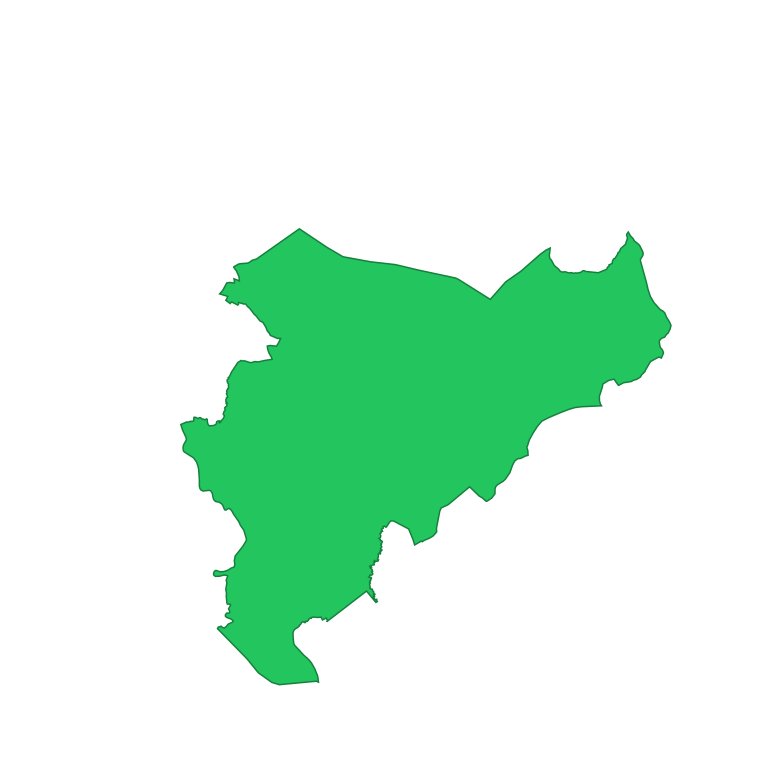 Tha Luang, Lop Buri, Thailand (orthographic projection), rotated 320°
{"feature_id": "78962969B70525804812595", "entity_name": "Tha Luang", "entity_type": "district", "adm_level": 2, "iso_a3": "THA", "parent_name": "Thailand", "parent_adm1": "Lop Buri", "projection": "orthographic", "projection_center": [101.191, 15.069], "detail": "fine", "context": "isolated", "style": "filled", "palette": "green", "viewbox_px": 768, "rotation_deg": 320, "n_neighbors": 0, "source": "geoboundaries", "source_scale": "gbopen_adm2", "svg_char_len": 6169}
<svg xmlns="http://www.w3.org/2000/svg" viewBox="0 0 768 768"><g transform="rotate(320 384 384)"><path d="M99.2,464.4L102.4,506.6L102.1,524.5L106.2,540.4L110.5,547.0L141.0,568.1L142.2,570.3L145.5,565.0L147.9,557.6L149.1,551.3L149.2,547.1L148.2,539.7L147.6,526.5L148.2,524.6L151.3,520.0L154.2,516.3L156.0,515.1L157.3,514.6L159.2,514.6L160.8,515.0L163.3,515.0L164.5,514.3L165.2,514.6L167.9,513.7L169.1,514.0L170.1,516.1L170.9,516.0L171.3,515.4L172.6,516.4L174.2,516.4L175.2,515.7L176.2,516.1L177.3,515.9L177.9,516.8L178.9,516.4L180.5,517.5L183.1,520.2L185.9,522.1L185.2,525.2L189.3,526.2L188.8,528.6L187.7,529.1L187.8,529.3L237.5,531.4L237.4,546.1L239.0,546.4L239.2,546.1L239.1,545.0L240.0,544.3L238.6,543.3L238.6,540.8L239.3,539.9L239.7,541.0L240.0,541.0L240.9,539.5L240.8,538.4L241.2,538.3L241.9,538.9L241.9,536.9L242.6,536.3L242.3,535.0L242.8,534.6L243.1,533.7L241.7,531.6L242.7,530.9L244.3,528.0L245.1,528.0L245.2,527.1L246.0,527.0L246.2,525.9L247.3,526.1L248.1,525.1L249.1,525.1L249.7,524.5L249.8,524.0L248.8,523.5L248.2,522.1L249.7,522.1L250.2,521.3L251.7,522.5L253.1,522.4L253.6,522.0L253.9,520.0L255.0,520.1L255.1,519.1L255.7,518.4L255.3,516.2L256.4,516.3L255.7,514.9L256.0,514.3L257.3,515.3L258.6,515.2L260.4,516.2L260.9,514.8L262.1,514.8L262.0,513.8L263.2,513.2L263.1,514.3L263.8,514.4L264.9,515.5L265.7,515.7L266.8,515.2L266.5,513.8L268.4,513.0L270.3,510.6L270.8,510.6L272.0,511.8L272.8,511.2L272.5,510.1L273.6,510.1L273.9,509.4L274.3,509.4L274.6,510.1L275.7,509.9L275.9,509.4L275.4,508.7L275.7,507.6L277.6,507.4L278.1,505.3L279.0,505.2L279.2,504.4L280.5,504.3L281.3,503.7L281.5,502.9L280.5,501.5L281.2,500.9L280.9,499.0L282.6,499.3L284.0,498.2L284.4,496.6L285.0,496.0L286.1,496.2L286.9,495.2L288.1,495.9L288.8,493.6L290.6,494.0L291.6,492.6L292.9,493.1L293.2,494.6L293.9,495.1L299.9,493.3L301.2,493.4L302.6,494.3L303.4,495.4L309.7,510.9L306.2,522.0L304.0,527.0L311.6,528.3L311.9,529.4L314.4,529.7L319.3,531.2L323.8,532.0L329.2,531.2L331.5,528.2L345.2,517.1L348.2,515.7L355.7,517.7L383.5,517.8L384.9,531.2L386.0,533.8L386.9,539.6L388.1,540.1L393.4,540.6L398.5,539.4L401.8,535.5L403.5,534.5L406.0,534.1L412.8,535.1L416.0,534.9L423.5,532.8L430.3,528.8L434.4,527.1L438.4,527.2L440.8,528.8L446.4,530.2L448.5,531.3L451.3,527.6L452.7,524.2L453.6,524.0L459.5,520.2L466.4,517.5L474.2,515.1L481.0,513.9L488.1,515.5L500.3,519.2L508.8,522.1L514.9,524.7L520.3,528.1L536.6,540.5L536.9,538.4L538.4,535.2L541.2,531.8L549.3,526.7L551.6,524.7L558.4,525.7L563.3,528.1L562.7,535.6L562.9,535.9L568.3,537.0L574.9,541.0L577.5,541.5L580.7,542.9L585.0,543.5L587.2,542.6L591.8,542.2L593.8,541.2L602.6,538.1L611.6,539.9L612.1,540.3L613.1,542.4L617.6,540.2L618.3,539.4L619.2,536.8L619.2,533.7L620.1,531.6L622.3,528.2L624.8,527.4L627.0,527.7L629.0,528.5L632.9,527.5L634.1,527.7L638.4,525.9L641.5,523.6L642.5,520.3L643.5,513.9L644.8,510.1L644.6,507.6L643.4,504.3L643.1,495.3L644.3,488.2L647.0,481.4L650.5,474.5L659.6,454.5L660.8,453.2L664.4,452.1L665.8,451.3L667.1,449.5L668.8,442.6L668.8,440.5L667.8,435.6L668.3,432.3L668.0,429.0L668.8,424.6L666.3,425.3L665.4,426.1L664.5,428.6L658.8,432.2L652.3,432.4L649.5,433.9L647.7,433.8L646.4,434.7L641.7,436.3L640.8,435.8L639.5,436.0L637.7,437.0L636.2,438.3L632.9,437.4L632.6,438.2L629.9,438.3L629.0,439.1L627.8,439.1L619.7,436.5L611.0,427.6L610.0,425.7L609.0,425.1L606.8,425.0L603.6,423.5L602.4,422.2L600.0,420.7L599.5,419.4L596.5,417.3L595.8,415.7L594.5,414.1L592.6,413.0L592.1,412.2L591.4,410.4L591.6,408.2L590.6,402.9L591.9,396.3L591.7,394.4L593.2,391.9L598.7,386.7L594.4,385.6L587.4,385.1L561.5,385.6L542.9,384.0L519.8,387.5L508.4,352.0L507.0,348.9L483.4,318.6L469.5,299.9L452.3,281.8L434.4,260.2L428.1,242.5L418.9,210.7L366.7,206.3L362.2,204.4L359.5,204.4L357.0,203.6L351.9,199.9L349.6,198.6L344.3,197.7L343.9,198.1L343.6,202.7L341.8,208.8L339.5,212.0L336.7,207.0L334.7,210.2L334.0,210.4L331.3,207.2L328.5,205.5L320.4,208.7L316.0,209.3L320.6,216.4L318.5,217.6L316.6,218.2L317.9,223.5L320.0,223.1L322.7,229.5L323.6,229.5L325.0,228.0L327.9,232.5L329.2,233.5L329.4,234.3L329.3,237.0L329.8,240.1L329.4,246.9L329.8,250.0L329.5,255.7L330.8,259.0L330.0,264.6L328.7,268.3L328.7,271.7L328.2,273.8L331.7,280.6L334.0,282.7L328.9,285.0L325.9,285.9L321.5,281.3L319.0,279.9L317.4,282.3L315.8,286.4L314.9,291.3L314.1,293.2L307.8,289.3L301.8,286.2L299.5,283.8L296.3,282.4L295.1,281.4L292.1,276.6L290.2,275.2L289.7,274.1L285.7,273.6L275.0,276.8L270.2,279.0L268.7,279.0L268.7,279.9L266.3,280.1L265.1,282.1L264.8,284.0L262.4,287.1L261.3,287.1L260.9,287.8L259.7,287.7L258.8,288.4L258.1,289.8L257.1,290.1L256.4,292.4L255.5,293.6L254.4,293.3L253.9,293.9L253.0,294.2L251.4,296.1L251.7,297.5L250.5,297.5L250.7,298.6L249.4,299.7L246.8,299.8L245.3,302.0L243.9,302.2L241.6,303.6L241.2,304.4L241.5,305.5L241.2,306.0L238.1,307.3L235.8,307.4L234.2,308.2L233.0,307.9L234.2,306.5L233.2,305.6L231.5,305.4L230.0,306.7L228.5,306.8L227.0,306.3L223.3,303.9L223.2,302.0L224.1,299.9L225.8,297.6L225.8,296.8L223.7,296.2L223.0,294.7L222.2,294.1L221.8,291.9L221.0,291.2L219.3,291.0L218.5,288.8L217.2,287.4L216.4,287.8L214.9,289.7L214.1,289.9L211.2,287.9L209.1,287.3L208.6,286.3L202.3,284.4L200.1,289.8L198.0,297.6L197.3,299.0L196.3,299.9L191.8,301.6L189.9,302.8L187.9,305.3L187.3,306.6L187.4,308.0L190.6,318.0L190.3,323.3L188.4,328.0L186.9,330.6L181.3,338.3L176.8,343.7L175.8,345.8L175.7,347.8L176.6,349.7L181.9,353.2L182.6,354.6L182.3,357.0L179.3,362.7L179.3,365.0L179.5,365.8L181.6,368.4L182.6,371.0L182.5,373.5L181.3,376.9L181.2,378.4L182.3,379.1L184.0,379.1L185.2,379.6L185.7,380.9L185.9,383.0L185.1,387.0L184.3,396.1L183.2,399.8L182.6,406.0L179.2,413.8L178.0,415.4L171.6,417.6L159.4,420.1L155.6,423.3L153.9,426.2L151.6,427.9L148.7,426.8L144.7,426.3L140.7,424.7L137.6,422.3L135.5,418.8L133.9,418.4L131.8,419.4L130.8,420.9L131.1,422.9L134.2,425.4L138.6,427.5L140.7,429.7L140.8,430.6L136.9,432.9L135.9,435.3L130.8,439.6L128.8,443.1L126.8,445.1L123.1,450.4L122.5,451.9L124.6,453.7L124.4,454.7L120.3,456.4L119.6,459.2L118.7,459.9L117.9,459.8L116.4,458.4L114.4,458.7L113.3,459.8L113.4,461.5L116.0,466.3L116.1,468.7L114.9,469.1L110.4,467.8L107.3,468.4L105.3,468.3L104.3,467.7L103.7,466.5L103.5,464.8L100.7,463.7L99.2,464.4Z" fill="#22c55e" stroke="#15803d" stroke-width="1.5"/></g></svg>